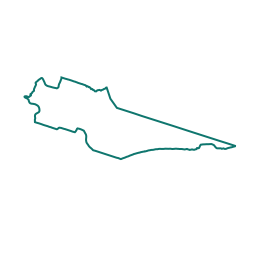 Soutr Nikom, Siemréab, Cambodia (orthographic projection), rotated 288°
{"feature_id": "14789045B2635302859589", "entity_name": "Soutr Nikom", "entity_type": "district", "adm_level": 2, "iso_a3": "KHM", "parent_name": "Cambodia", "parent_adm1": "Siemréab", "projection": "orthographic", "projection_center": [104.128, 13.174], "detail": "fine", "context": "isolated", "style": "outline", "palette": "teal", "viewbox_px": 256, "rotation_deg": 288, "n_neighbors": 0, "source": "geoboundaries", "source_scale": "gbopen_adm2", "svg_char_len": 5832}
<svg xmlns="http://www.w3.org/2000/svg" viewBox="0 0 256 256"><g transform="rotate(288 128 128)"><path d="M104.8,37.7L104.8,38.6L104.8,39.5L104.9,41.6L104.9,43.0L104.9,44.6L104.8,46.4L104.8,48.0L104.9,51.2L104.8,52.2L104.8,53.1L104.9,54.5L104.8,55.6L104.8,56.4L104.8,57.5L104.8,59.1L104.8,60.1L104.8,60.7L105.0,61.0L105.4,61.3L106.3,61.9L106.7,62.1L107.1,62.6L107.2,63.2L107.4,64.4L107.4,65.6L107.4,66.6L107.4,67.5L107.5,68.3L107.5,69.5L107.5,70.5L107.5,72.7L107.5,73.9L107.5,75.1L107.4,76.2L107.5,77.4L107.5,77.8L107.5,78.3L107.6,78.8L108.2,79.1L108.7,79.3L109.6,79.5L110.4,79.7L111.5,79.8L112.0,80.1L112.2,81.9L112.2,83.4L112.1,84.5L111.8,86.8L110.3,88.4L109.7,89.0L109.1,89.7L108.5,90.2L107.8,90.6L107.1,90.9L106.0,91.2L104.7,91.5L103.6,91.8L102.6,92.3L101.7,92.8L101.1,93.3L100.8,93.7L100.4,94.2L99.7,95.2L99.0,96.0L98.5,96.7L98.0,97.6L97.6,98.5L97.4,99.1L97.1,99.7L96.7,100.6L96.4,101.1L96.1,101.6L96.1,102.1L96.2,103.8L96.2,113.1L96.2,126.4L96.4,128.0L96.3,129.1L96.2,130.7L96.4,131.1L96.6,131.3L97.3,132.1L97.8,132.7L98.2,133.3L98.5,133.7L98.9,134.2L99.3,134.7L99.8,135.2L100.3,135.8L100.8,136.6L101.3,137.2L102.2,138.2L102.6,138.6L103.0,139.2L103.5,139.8L103.8,140.2L104.3,140.9L104.8,141.3L105.2,141.9L105.9,143.0L106.6,144.0L106.8,144.3L107.1,144.8L107.5,145.4L107.9,146.0L108.1,146.5L108.6,147.1L108.7,147.4L109.0,147.7L109.3,148.2L109.5,148.6L109.8,149.1L110.3,150.0L110.7,150.9L110.9,151.0L110.9,151.3L111.2,151.8L111.5,152.3L111.7,152.6L112.0,153.1L112.5,153.7L112.7,154.0L113.1,154.6L113.4,155.2L113.6,155.7L113.9,156.1L114.2,156.7L114.5,157.3L114.7,157.9L114.9,158.4L115.2,159.0L115.5,159.5L115.7,159.8L116.1,160.5L116.4,161.0L116.6,161.5L116.7,161.9L116.8,162.3L117.0,162.6L117.4,163.4L117.7,163.9L117.9,164.5L118.1,165.1L118.3,165.8L118.5,166.4L118.7,167.1L118.9,167.7L119.1,168.3L119.3,168.7L119.6,169.4L119.9,170.0L120.0,170.6L120.3,171.4L120.5,172.2L120.7,172.9L120.9,173.4L121.2,174.2L121.4,174.8L121.5,175.5L121.6,176.1L121.7,176.5L121.9,177.1L122.1,177.6L122.3,178.1L122.6,178.8L122.9,179.3L123.1,179.9L123.3,180.6L123.4,181.1L123.5,181.7L123.7,182.2L123.8,182.8L123.9,183.4L124.1,183.9L124.3,184.5L124.4,184.9L124.5,185.3L124.7,185.8L124.8,186.6L124.8,186.8L124.9,187.2L125.0,187.8L125.0,188.0L125.1,188.5L125.5,189.2L125.7,189.7L126.0,190.0L126.3,190.6L126.3,191.0L126.2,191.5L126.2,191.9L126.2,192.2L126.3,192.6L126.2,193.3L126.5,193.9L126.8,194.5L127.2,195.0L127.4,195.6L127.5,195.8L127.5,196.6L127.6,197.2L127.9,198.0L128.2,198.3L128.7,199.0L129.0,199.4L129.1,199.7L129.6,199.8L130.0,199.8L130.3,199.9L130.5,200.8L130.6,201.4L131.1,201.8L132.1,201.9L133.2,202.0L134.1,202.2L134.5,202.3L134.8,202.6L135.0,203.3L135.3,203.7L135.6,204.5L135.9,205.2L136.0,205.5L136.3,206.3L136.6,207.1L136.7,207.3L137.0,208.1L137.1,208.4L137.3,209.0L137.4,209.4L137.9,210.6L138.0,211.0L138.2,211.4L138.4,211.9L138.5,212.1L138.5,212.8L138.5,213.5L138.3,214.5L138.2,215.1L138.1,215.3L137.1,216.7L136.5,217.8L136.3,218.3L136.2,218.9L136.8,221.0L137.1,221.7L137.3,222.5L137.3,223.2L137.2,223.4L137.4,223.7L137.5,224.2L137.8,224.6L138.1,225.1L138.0,226.5L138.4,227.6L139.3,228.6L140.1,229.7L140.6,230.6L141.1,231.3L141.7,232.5L142.5,233.6L143.2,234.7L143.9,235.7L144.1,236.1L144.1,234.9L144.1,229.3L144.0,217.7L143.9,184.7L143.9,170.3L143.7,137.4L143.8,128.6L143.7,111.2L150.4,102.2L159.9,95.2L159.8,94.9L159.5,94.6L159.3,94.6L159.0,94.6L158.8,94.6L158.6,94.2L158.4,94.0L158.1,93.7L157.9,93.5L157.8,93.3L157.7,93.1L157.3,92.8L157.1,92.6L156.7,92.3L156.5,92.0L156.3,91.7L156.1,91.5L155.9,91.2L155.6,90.9L155.2,90.7L155.4,89.7L155.4,89.1L155.1,88.7L155.0,88.4L154.8,88.0L154.7,87.7L154.3,87.3L154.0,86.9L153.5,86.7L153.0,86.4L152.9,86.0L152.7,85.3L152.7,85.1L152.9,84.8L153.3,84.3L153.4,83.9L153.5,83.6L153.4,83.2L153.4,82.9L153.5,82.6L153.8,82.4L154.0,82.1L153.9,81.7L153.8,81.2L153.6,80.9L153.7,80.7L154.0,80.6L154.2,80.4L154.4,80.1L154.5,79.8L154.5,79.6L154.6,79.4L154.7,79.2L154.9,79.0L155.0,78.7L154.9,78.5L154.8,78.3L154.7,78.0L154.8,77.7L155.0,77.5L155.1,77.1L155.1,76.8L155.2,76.4L155.2,76.0L154.9,76.0L154.7,75.8L154.9,75.5L155.0,75.2L155.2,74.9L155.5,74.4L155.5,71.9L155.6,71.1L155.5,70.0L155.5,68.9L155.5,67.7L155.5,66.9L155.5,66.2L155.6,65.5L155.6,64.7L155.7,63.6L155.6,62.2L155.7,59.6L155.7,58.2L155.7,56.8L155.6,55.6L155.6,54.4L155.5,53.2L155.5,52.0L155.5,50.8L155.5,49.6L155.5,49.1L155.1,49.2L154.7,49.3L154.0,49.4L153.4,49.4L152.6,49.3L152.4,49.2L152.0,49.3L151.5,49.3L151.1,49.2L150.8,49.2L150.2,49.2L149.4,49.0L148.7,48.9L147.9,48.9L147.4,48.9L146.6,49.1L145.7,49.2L145.3,49.2L144.9,49.0L144.5,48.8L144.2,48.5L143.9,48.3L143.7,47.9L143.7,47.3L143.6,46.5L143.5,45.8L143.4,44.7L143.3,43.6L143.3,42.7L143.2,40.4L143.1,39.4L143.1,38.4L143.2,37.7L143.6,36.4L144.1,35.7L144.8,35.1L145.6,34.5L146.4,33.7L147.3,32.9L148.1,32.1L148.6,31.5L148.9,30.9L148.9,30.5L148.6,30.0L147.6,29.3L146.6,28.5L146.1,28.1L145.5,27.8L144.8,27.5L144.2,27.1L143.5,26.6L142.7,26.2L142.2,26.2L141.3,27.0L140.6,27.1L139.5,27.0L138.8,26.9L138.5,26.8L138.0,26.8L136.0,26.6L135.4,26.7L134.9,26.9L134.4,27.1L133.7,26.7L133.0,26.2L132.5,26.0L131.7,25.9L131.2,25.6L130.6,25.2L130.1,24.8L129.6,24.9L129.6,25.3L129.4,25.6L128.9,25.6L128.4,25.2L127.8,24.8L127.1,24.4L126.8,24.1L126.7,23.5L126.8,22.5L126.8,21.4L126.5,20.7L126.3,20.2L125.9,19.9L125.6,20.0L125.4,20.2L125.2,20.7L125.1,21.2L125.0,22.0L124.9,23.0L124.6,23.8L124.3,24.4L123.9,24.9L123.2,25.2L122.9,25.5L122.4,25.9L122.0,26.2L121.6,26.7L121.3,27.5L121.3,28.6L121.5,29.5L121.7,30.5L121.8,31.4L121.9,32.4L121.8,33.1L121.6,34.0L121.5,34.7L121.2,35.5L120.7,36.3L120.2,36.8L119.3,37.5L118.5,37.9L117.6,38.3L116.9,38.5L116.4,38.5L115.8,38.4L115.3,38.1L114.6,37.5L113.9,36.8L113.2,36.2L112.6,35.8L111.8,35.6L111.2,35.7L110.7,35.8L110.1,36.0L109.5,36.3L109.0,36.6L108.4,36.8L107.6,36.8L107.0,36.9L106.2,37.2L105.7,37.4L105.2,37.5L104.8,37.7Z" fill="none" stroke="#0f766e" stroke-width="2"/></g></svg>